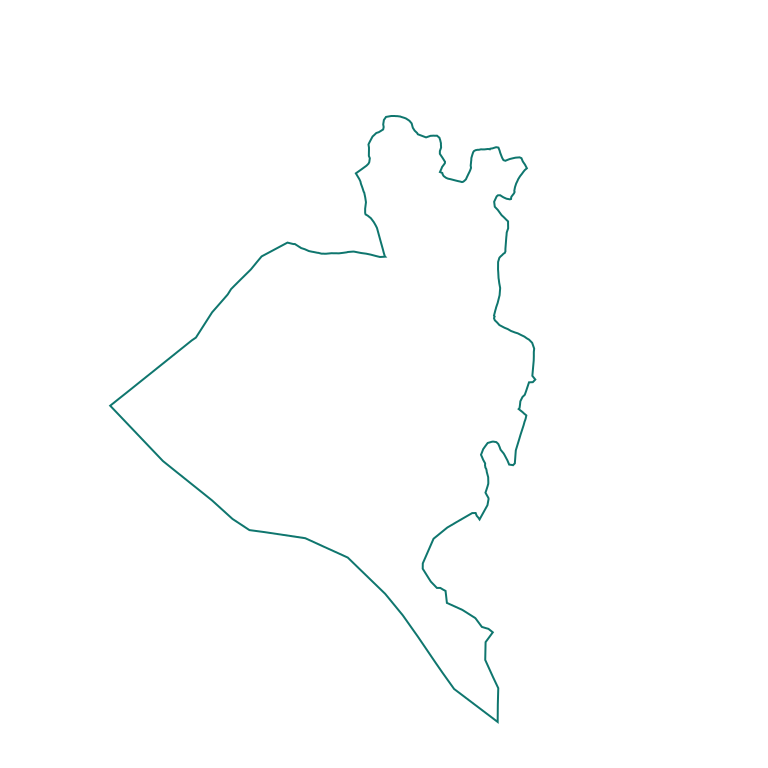 the district of Al-Dilingat, Al Buhayrah, Egypt, rotated 24°
{"feature_id": "37247803B72725893374762", "entity_name": "Al-Dilingat", "entity_type": "district", "adm_level": 2, "iso_a3": "EGY", "parent_name": "Egypt", "parent_adm1": "Al Buhayrah", "projection": "equal_earth", "projection_center": [30.518, 30.81], "detail": "fine", "context": "isolated", "style": "outline", "palette": "teal", "viewbox_px": 768, "rotation_deg": 24, "n_neighbors": 0, "source": "geoboundaries", "source_scale": "gbopen_adm2", "svg_char_len": 5601}
<svg xmlns="http://www.w3.org/2000/svg" viewBox="0 0 768 768"><g transform="rotate(24 384 384)"><path d="M261.0,556.8L274.3,560.3L300.5,568.9L320.5,572.2L335.1,567.9L374.8,556.9L394.4,557.1L421.5,557.3L436.2,562.7L470.4,575.2L495.3,587.7L513.1,598.3L517.5,600.9L537.8,613.5L544.9,617.9L554.6,623.8L572.1,634.1L625.3,646.5L618.3,630.4L612.1,615.4L602.9,607.5L588.7,594.9L581.8,578.5L584.4,566.6L582.5,566.1L579.0,565.2L576.3,565.6L572.2,566.1L563.0,560.9L562.5,560.7L551.7,559.1L547.5,558.5L530.5,558.4L526.7,551.9L525.2,549.4L524.4,548.0L521.6,547.8L518.4,547.4L515.3,548.8L508.9,546.2L507.2,545.5L504.6,543.8L494.5,537.0L492.4,532.1L492.2,505.2L500.2,489.4L506.4,480.7L517.1,466.0L520.2,464.6L522.3,466.7L525.1,468.0L525.7,468.5L526.4,468.9L526.6,466.3L526.9,462.9L527.5,456.0L527.8,452.7L527.7,452.2L527.4,451.0L526.3,446.5L525.7,445.6L524.1,444.4L522.6,443.3L520.9,442.0L520.6,438.8L520.2,435.2L519.9,433.3L519.9,432.9L519.2,431.2L518.0,428.7L517.1,426.8L513.7,422.6L512.9,421.3L512.3,420.5L511.8,419.9L510.6,419.1L510.1,418.2L509.4,417.3L509.0,416.2L508.7,415.4L505.3,412.8L503.2,410.8L501.4,409.2L501.3,406.4L501.1,403.2L501.8,399.7L502.7,395.7L505.0,393.8L505.3,393.5L506.3,392.7L507.2,392.2L509.5,391.6L510.3,391.4L512.8,392.3L515.2,394.5L517.2,396.6L521.6,398.8L523.1,399.9L526.4,402.5L527.6,403.4L529.0,404.7L531.1,406.7L534.3,405.8L534.9,405.7L535.8,403.3L534.8,400.5L532.5,394.1L531.4,391.0L529.9,378.9L529.4,375.2L529.3,374.3L528.4,365.7L528.3,364.8L527.7,361.0L527.7,360.1L527.5,358.1L526.8,354.8L525.4,354.4L523.9,354.0L522.3,353.4L517.2,352.1L517.6,350.8L516.7,347.7L515.6,344.3L515.7,341.8L515.8,339.5L517.0,336.6L516.7,332.7L515.8,323.5L519.2,321.8L520.4,318.4L516.2,316.2L511.2,301.6L509.5,297.5L508.5,295.3L507.8,293.7L507.4,292.4L506.8,290.6L502.6,286.1L498.5,284.5L495.8,284.2L493.0,283.6L489.4,283.5L485.6,283.3L482.3,283.7L481.8,283.7L478.4,283.9L474.9,283.5L474.1,283.5L471.4,283.6L469.6,283.5L465.4,283.2L463.2,282.2L462.3,281.8L459.3,280.7L457.7,279.1L457.6,277.3L456.7,276.9L455.7,271.1L455.5,269.5L455.3,268.6L455.0,265.4L454.9,264.0L453.5,255.9L451.1,249.1L448.2,244.9L446.4,241.9L445.6,240.7L443.4,236.4L443.0,235.6L441.6,233.0L438.6,226.1L438.1,222.2L438.1,221.6L438.6,220.1L439.4,218.4L440.2,216.3L441.0,215.2L441.0,213.5L440.0,211.3L436.0,200.1L435.4,198.2L434.5,195.7L434.3,193.6L434.1,191.3L432.0,186.8L431.2,185.0L430.1,184.6L428.7,184.1L426.7,183.3L424.8,182.6L424.1,182.4L422.7,181.9L418.9,179.7L417.2,178.7L415.5,178.0L413.1,177.0L410.5,172.7L410.6,166.8L411.3,165.3L413.4,164.3L414.5,164.5L416.4,164.8L418.0,164.9L418.7,164.9L420.6,164.9L423.9,164.1L424.8,163.3L424.4,162.1L424.2,161.1L425.2,157.0L425.2,155.4L424.5,154.7L424.0,152.6L423.6,150.9L423.4,148.9L423.2,147.1L423.3,144.5L423.3,142.8L423.3,142.2L423.6,140.1L423.7,139.2L424.0,137.9L424.5,136.0L425.0,133.6L425.6,131.3L426.8,128.8L423.5,126.2L422.0,125.3L420.7,124.5L420.0,124.0L419.5,123.5L417.7,121.8L415.7,121.8L414.4,122.5L413.1,123.2L412.0,123.8L410.0,125.3L407.4,127.3L405.5,129.2L404.1,130.7L402.1,130.9L400.4,129.7L399.5,128.9L398.7,128.1L398.2,127.6L396.3,125.7L395.5,124.8L394.8,123.9L393.9,123.0L392.4,121.5L391.1,121.8L390.1,122.1L388.7,123.3L387.3,124.6L386.0,125.4L385.3,125.9L385.3,126.5L383.4,127.0L381.9,127.9L380.4,128.8L378.6,129.6L377.1,130.2L375.5,131.4L374.2,132.0L372.5,133.2L371.4,134.7L371.2,136.1L371.4,138.2L371.9,142.0L372.8,144.3L372.9,144.8L373.5,146.5L374.3,149.1L375.6,151.2L375.8,153.7L375.8,155.5L375.7,157.6L375.6,161.5L375.6,163.7L375.3,164.5L374.5,166.3L374.0,167.1L373.1,167.8L372.5,167.9L371.1,168.1L369.3,168.5L366.5,169.0L365.9,169.1L362.2,169.7L361.1,169.9L359.8,170.2L358.6,170.4L358.1,170.4L357.6,170.4L356.8,170.4L354.0,169.8L353.5,169.5L352.4,168.7L351.4,167.5L348.9,167.6L348.9,166.0L348.9,163.7L348.8,162.1L349.0,161.3L349.6,158.6L349.8,157.5L349.3,156.1L348.1,155.4L347.6,155.0L345.2,153.4L342.8,151.9L341.4,151.0L340.3,148.5L340.0,144.8L338.6,142.1L338.1,140.9L336.7,139.1L336.2,138.4L334.8,136.9L334.5,136.5L331.4,135.6L330.8,135.9L329.0,136.7L328.4,136.9L325.5,138.4L325.0,138.9L322.1,141.6L313.3,142.1L312.7,141.6L312.1,141.2L309.0,140.1L306.1,138.2L303.6,135.1L303.3,134.7L300.2,133.2L298.6,132.9L296.0,132.5L294.3,132.6L291.0,133.0L290.2,133.0L287.2,133.9L285.5,134.6L284.8,134.8L282.1,136.0L281.5,136.3L277.2,139.2L276.8,141.4L276.5,142.8L277.7,147.2L279.2,149.4L279.7,151.8L277.9,154.5L276.8,156.1L274.9,157.8L273.5,161.2L272.9,162.5L272.7,165.1L272.5,168.0L272.4,170.0L272.4,171.5L274.1,174.1L275.2,176.6L276.0,178.5L277.4,181.8L279.2,183.5L280.3,187.3L280.2,189.1L279.2,191.7L276.5,196.4L275.8,197.6L274.8,199.3L272.6,203.0L278.3,207.0L280.2,208.7L281.2,210.1L282.1,211.1L283.4,212.4L284.9,214.0L287.3,216.7L288.0,217.1L290.9,221.1L293.6,225.3L295.5,231.6L296.1,232.9L297.2,235.4L298.2,236.6L299.5,236.7L301.0,236.9L303.1,237.5L304.4,237.8L305.9,238.6L308.9,240.3L311.9,242.5L314.1,244.3L314.6,244.9L315.5,246.0L320.5,252.1L322.7,254.8L328.5,261.8L330.3,264.1L332.3,266.4L332.6,266.9L333.3,267.2L328.7,269.6L324.9,270.3L319.3,271.2L314.7,272.2L310.3,273.5L308.7,273.9L303.0,275.2L302.1,275.5L297.3,278.1L296.5,278.8L293.3,280.8L289.8,282.9L282.8,285.9L278.0,288.6L274.7,290.0L273.7,290.4L270.6,290.9L269.8,291.2L265.7,292.1L264.6,292.4L261.3,293.1L256.8,293.1L253.0,293.5L247.0,292.6L246.5,292.5L245.6,292.4L244.3,293.0L242.2,293.4L238.3,294.1L224.6,311.7L220.3,317.2L218.4,323.9L215.8,333.4L214.5,336.8L213.7,338.8L210.4,347.2L207.2,355.5L205.7,359.5L204.8,365.8L201.8,375.6L197.8,388.5L193.3,418.1L190.7,422.3L151.9,497.5L147.6,505.7L142.7,515.2L213.4,544.3L231.2,549.0L261.0,556.8Z" fill="none" stroke="#0f766e" stroke-width="2"/></g></svg>